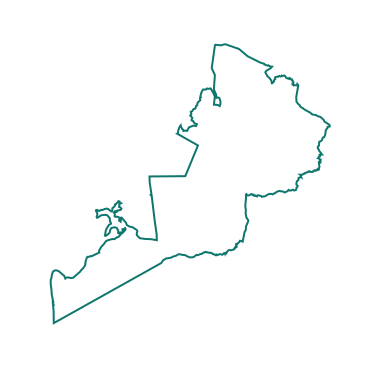 Turbana, Bolívar, Colombia (Albers equal-area conic projection), rotated 9°
{"feature_id": "7082276B59918479254924", "entity_name": "Turbana", "entity_type": "district", "adm_level": 2, "iso_a3": "COL", "parent_name": "Colombia", "parent_adm1": "Bolívar", "projection": "albers", "projection_center": [-75.462, 10.204], "detail": "fine", "context": "isolated", "style": "outline", "palette": "teal", "viewbox_px": 384, "rotation_deg": 9, "n_neighbors": 0, "source": "geoboundaries", "source_scale": "gbopen_adm2", "svg_char_len": 6037}
<svg xmlns="http://www.w3.org/2000/svg" viewBox="0 0 384 384"><g transform="rotate(9 192 192)"><path d="M317.3,104.2L311.8,101.7L310.7,100.1L307.2,97.8L304.1,97.4L302.4,96.6L298.6,96.6L296.3,95.1L289.6,92.7L288.4,91.8L286.7,91.4L285.7,90.7L284.5,89.1L283.7,88.9L281.1,86.6L280.1,81.9L280.3,70.0L279.1,68.9L279.0,70.1L278.4,70.4L276.1,70.4L275.8,70.7L275.3,70.0L274.9,70.3L274.4,70.1L274.3,69.0L275.0,68.7L275.1,67.9L273.3,65.4L272.9,65.8L271.3,64.3L270.3,64.2L270.3,65.1L268.6,64.9L267.0,64.4L266.0,63.0L264.8,62.5L263.1,63.3L262.4,63.1L262.3,63.6L261.4,64.1L260.2,63.7L260.0,64.0L259.0,64.4L258.8,64.8L258.3,64.7L256.4,65.4L256.1,66.5L256.6,67.3L255.6,68.7L255.7,70.0L254.4,71.9L253.8,72.1L253.0,69.6L250.6,67.2L248.5,66.0L245.7,62.3L246.1,61.0L250.4,57.3L251.4,55.7L249.9,55.8L247.4,54.9L246.9,55.4L243.5,54.7L243.3,54.1L238.8,53.4L225.7,49.2L216.1,43.4L202.2,40.9L200.9,41.1L197.7,42.6L192.2,42.9L191.7,43.4L192.1,66.5L196.3,73.0L197.6,87.5L200.6,92.0L201.5,95.1L203.3,94.6L204.3,94.9L206.0,98.2L206.3,100.8L205.9,102.8L203.8,102.0L200.0,102.3L199.6,94.0L197.3,90.5L194.2,86.8L191.8,87.6L190.6,87.4L189.9,88.5L188.5,88.9L187.1,88.9L186.1,90.7L185.6,93.1L185.3,96.6L185.9,97.2L185.3,97.9L185.2,98.5L185.8,99.9L185.7,100.3L183.8,102.5L183.5,103.3L183.6,105.2L183.1,106.1L182.6,106.2L182.3,108.8L181.9,109.4L180.5,109.9L179.5,112.3L178.3,112.9L179.2,115.6L178.3,116.8L180.8,118.8L180.2,121.0L180.9,121.5L182.2,121.8L182.8,122.9L183.8,123.6L186.3,124.3L185.6,126.3L183.2,126.1L178.9,128.6L177.5,132.5L175.4,132.4L174.0,133.1L173.4,131.8L172.4,131.3L170.6,128.7L170.4,128.0L169.6,129.3L168.8,133.2L168.9,136.2L168.2,136.7L190.6,145.1L182.9,177.4L147.6,183.3L148.5,188.4L152.5,201.2L151.7,201.4L152.0,201.8L152.7,201.8L159.8,226.7L163.6,239.0L164.8,245.1L158.8,245.0L153.3,245.7L147.7,245.8L144.3,243.3L143.9,241.9L144.2,239.3L143.3,238.1L138.8,236.1L135.6,235.9L132.9,234.9L131.6,232.7L126.5,228.3L125.5,228.6L126.1,230.3L126.1,232.5L125.9,232.4L125.7,231.3L125.0,231.7L123.6,231.7L124.2,231.6L124.8,230.9L124.1,228.7L123.7,228.4L122.5,228.2L121.0,228.2L120.2,228.5L119.3,228.0L119.3,226.1L118.7,225.0L118.0,224.6L118.9,223.0L119.4,222.9L119.4,223.7L120.5,223.6L121.3,222.6L121.2,222.0L124.0,221.0L124.6,220.4L124.9,219.4L124.1,218.7L122.2,218.1L122.4,216.9L122.1,215.3L123.6,214.2L122.4,213.9L122.0,212.8L121.1,212.5L120.5,212.9L120.5,213.8L119.6,214.4L118.7,216.0L117.8,216.4L118.2,217.1L117.7,218.4L115.9,220.5L116.2,222.9L116.0,223.6L115.1,223.8L111.7,221.8L110.0,221.8L108.2,222.6L107.0,223.5L105.1,223.9L103.9,224.9L102.6,225.3L101.8,224.7L100.3,224.7L100.0,225.2L100.5,226.3L101.2,226.9L102.1,228.8L101.7,231.6L102.2,232.3L102.9,232.0L106.0,229.2L109.5,228.2L111.9,228.2L114.9,230.8L115.6,233.9L116.4,234.6L116.9,235.8L116.6,236.5L115.2,237.3L113.6,240.9L112.9,243.5L112.8,248.7L113.8,248.8L116.6,245.8L117.1,244.5L117.0,243.0L117.4,241.5L118.2,240.1L119.9,239.3L122.0,238.9L123.5,239.4L124.3,240.8L125.1,241.3L125.4,244.0L126.3,244.4L127.3,243.1L128.5,243.1L129.6,242.6L130.2,241.2L130.1,240.6L129.3,240.5L129.2,239.6L130.0,239.6L131.5,238.1L132.1,238.8L132.1,239.9L129.7,243.4L128.3,244.4L128.0,245.5L126.7,247.5L124.1,249.2L122.8,250.7L120.9,250.8L116.1,253.0L114.6,254.2L112.9,257.6L111.1,260.1L109.5,264.1L109.5,265.5L109.9,266.3L102.8,271.2L102.0,271.1L100.3,272.2L99.1,272.3L98.6,272.8L97.8,276.6L97.8,279.6L98.0,279.7L97.8,281.4L96.2,284.6L94.5,286.9L93.9,288.3L88.1,295.2L86.5,295.8L82.3,295.8L81.0,296.5L80.4,297.3L79.0,294.9L73.0,291.2L71.1,290.6L69.1,290.8L68.1,291.4L67.0,292.8L66.6,295.3L66.6,299.4L66.2,300.6L66.8,304.9L68.2,309.5L69.6,315.5L72.1,322.0L71.6,321.8L72.1,324.6L72.5,325.4L73.0,325.5L72.6,326.0L74.0,331.6L76.0,343.1L172.7,267.0L174.3,263.8L177.0,261.6L181.3,260.3L183.3,258.8L186.1,257.5L188.3,255.7L189.1,255.4L192.6,255.6L195.1,255.4L197.3,256.3L200.3,256.9L202.9,256.4L204.2,255.6L206.2,253.4L207.6,253.5L210.0,252.0L211.2,251.7L212.8,250.0L213.6,249.9L214.0,249.4L215.0,249.0L216.1,249.4L216.6,249.1L219.5,249.4L220.0,249.1L220.8,249.2L222.1,249.7L222.3,250.1L223.9,250.2L225.4,250.8L225.9,250.7L226.0,250.0L227.0,250.3L229.1,249.0L231.9,249.2L232.7,248.0L233.3,247.8L233.3,247.4L234.0,247.3L234.3,247.8L234.4,246.9L235.2,246.7L235.6,247.0L236.2,245.0L237.7,243.5L239.6,243.5L242.6,242.0L242.9,240.4L243.4,240.6L243.9,239.6L244.6,239.4L244.6,238.7L243.9,238.3L243.8,236.4L244.9,236.5L245.7,234.7L246.6,234.2L246.9,232.7L248.4,232.6L249.8,233.1L250.2,223.4L251.1,220.9L250.7,217.6L252.1,212.1L251.9,211.0L249.9,209.0L248.4,205.1L247.9,201.0L246.8,197.4L246.2,188.5L245.7,186.8L246.0,185.6L246.4,185.8L246.5,186.6L247.3,186.7L248.7,186.5L250.5,185.0L251.2,184.8L251.7,184.9L252.2,185.5L252.7,185.0L253.2,185.0L254.2,186.1L255.0,186.0L255.3,185.6L256.8,186.2L257.1,185.2L257.8,184.8L261.0,185.2L261.9,185.9L263.2,185.2L264.5,185.0L268.4,181.8L269.4,181.8L270.4,181.4L272.1,181.7L272.6,181.4L273.1,180.6L274.1,180.3L275.5,178.7L277.6,177.5L278.8,177.2L279.4,177.4L282.0,177.3L283.2,177.9L284.0,177.8L286.3,176.1L287.1,174.8L288.2,175.3L289.7,175.0L290.4,174.4L291.5,173.9L292.2,174.4L293.0,174.5L294.5,173.5L294.5,171.4L295.2,170.7L295.4,169.4L294.0,168.4L293.7,166.3L294.1,164.7L294.7,164.2L295.3,162.8L295.0,161.5L296.5,160.6L296.9,159.9L297.5,160.2L296.8,159.0L297.1,158.7L296.9,158.3L296.3,158.0L298.2,157.7L299.4,156.5L300.4,156.3L300.4,155.8L301.6,155.0L302.8,154.6L303.2,154.0L304.3,153.8L304.5,153.1L306.2,153.6L307.4,153.5L308.4,153.0L308.6,152.2L309.5,151.5L310.2,151.3L310.4,151.6L310.7,151.2L311.5,151.2L311.7,150.7L312.2,150.9L312.8,150.5L312.5,150.1L312.9,149.3L313.8,149.6L313.9,146.8L313.3,145.4L312.6,142.6L313.4,141.9L314.2,142.5L314.3,141.7L314.0,140.9L313.5,140.8L313.2,140.2L313.6,139.7L312.2,139.3L312.0,138.7L311.2,138.7L311.8,137.8L312.4,135.7L312.3,135.4L312.5,135.4L313.0,135.9L313.2,134.7L314.5,134.6L311.2,131.4L310.3,129.9L309.6,129.4L309.1,128.0L309.3,127.3L310.1,126.4L309.9,122.4L311.6,121.4L312.4,120.0L312.5,118.5L312.9,117.7L314.0,117.1L314.6,114.9L314.5,109.7L315.8,107.7L315.7,106.6L317.8,105.7L317.3,104.2Z" fill="none" stroke="#0f766e" stroke-width="2"/></g></svg>